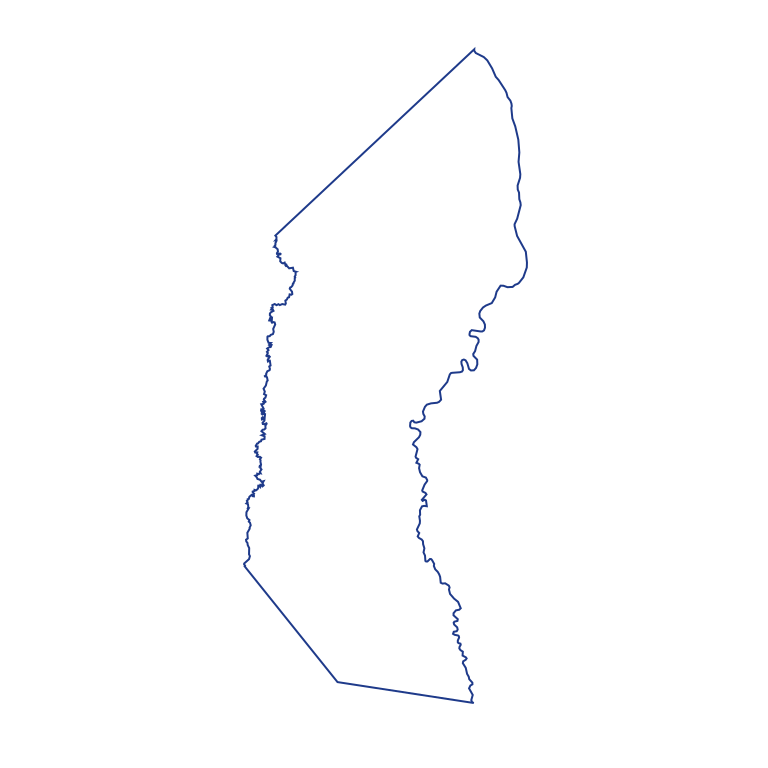 the district of Cravo Norte, Arauca, Colombia, rotated 265°
{"feature_id": "7082276B36906579253224", "entity_name": "Cravo Norte", "entity_type": "district", "adm_level": 2, "iso_a3": "COL", "parent_name": "Colombia", "parent_adm1": "Arauca", "projection": "mercator", "projection_center": [-70.099, 6.342], "detail": "fine", "context": "isolated", "style": "outline", "palette": "blue", "viewbox_px": 768, "rotation_deg": 265, "n_neighbors": 0, "source": "geoboundaries", "source_scale": "gbopen_adm2", "svg_char_len": 6152}
<svg xmlns="http://www.w3.org/2000/svg" viewBox="0 0 768 768"><g transform="rotate(265 384 384)"><path d="M541.3,288.7L539.8,289.7L537.6,289.4L536.7,288.5L536.8,289.5L536.2,289.5L533.8,288.1L532.0,288.0L531.3,287.2L530.6,287.5L530.1,286.6L529.6,287.8L527.5,289.8L525.2,289.9L523.6,288.7L522.9,288.8L523.0,291.9L522.6,292.3L522.2,292.1L522.3,290.9L520.2,288.9L518.3,291.8L515.3,291.3L513.6,292.6L512.9,294.0L513.6,295.6L512.2,295.9L511.6,297.1L510.6,297.3L511.1,296.5L510.7,296.2L510.0,296.7L510.1,297.6L507.5,299.6L507.8,303.4L504.4,303.9L503.5,306.1L503.4,305.7L500.1,305.4L498.7,304.4L497.7,304.8L497.3,304.3L494.7,304.1L492.7,302.6L492.0,302.6L491.7,301.9L490.1,301.5L488.6,300.0L488.3,298.9L487.1,298.4L484.0,300.4L481.6,300.5L481.0,299.6L481.5,297.8L478.7,297.0L478.4,295.6L476.6,294.6L475.7,293.0L472.8,293.2L471.7,292.5L472.5,289.6L471.7,287.1L472.7,285.8L471.9,283.8L473.2,282.1L472.3,279.6L469.8,279.8L469.5,278.7L469.1,279.0L468.0,278.1L467.7,279.8L466.5,280.3L465.4,277.7L464.2,276.5L462.5,276.3L460.4,277.6L460.3,276.7L457.3,275.2L457.0,276.5L458.5,278.0L455.2,277.5L454.8,277.8L455.3,279.3L454.9,280.4L452.8,280.8L448.5,278.4L445.6,278.7L443.4,277.7L442.8,275.4L441.6,274.3L441.6,272.3L441.2,272.0L438.2,271.7L435.1,272.6L434.7,274.9L432.9,272.9L432.1,274.0L433.0,274.6L432.7,275.4L430.7,274.3L430.6,272.8L429.5,270.7L427.8,271.9L426.2,270.2L425.0,271.0L422.3,269.3L421.6,270.2L422.2,271.7L421.1,272.6L418.4,270.3L417.4,270.2L416.6,270.4L417.3,271.3L417.2,272.3L412.3,272.6L411.5,271.2L408.9,271.7L407.7,271.2L406.9,268.9L404.5,267.5L403.2,267.5L401.9,265.3L402.0,266.5L401.0,268.0L397.6,268.4L396.8,267.5L392.8,266.2L389.8,263.6L386.8,264.6L384.4,263.6L383.1,265.6L380.8,264.7L379.8,263.2L379.0,262.9L376.6,264.4L376.1,263.6L377.0,263.1L376.8,262.1L375.3,262.7L374.7,262.3L374.5,260.0L370.0,261.9L369.2,261.0L369.5,259.6L368.2,259.2L367.2,259.6L367.8,259.7L367.3,260.3L367.9,262.3L367.4,262.8L366.2,262.0L364.8,259.7L364.2,260.2L364.9,262.1L364.4,262.9L361.0,262.2L360.8,261.3L361.5,260.3L360.7,259.3L359.3,259.3L359.7,262.0L357.9,261.7L355.9,259.6L354.7,259.8L354.4,261.2L355.1,263.4L354.6,263.6L352.8,262.2L350.1,262.1L349.1,260.7L349.0,259.1L347.7,257.8L344.6,260.9L343.6,257.8L342.3,260.5L339.7,260.2L339.2,257.1L337.7,256.5L337.3,254.7L335.8,253.3L335.7,252.4L333.5,250.8L332.8,251.1L332.7,252.7L330.4,252.4L328.0,249.4L326.9,249.8L326.9,251.8L325.4,251.4L324.5,252.1L323.3,250.8L322.3,252.0L322.3,254.0L321.3,255.1L319.9,253.8L318.8,254.4L317.3,254.1L314.4,254.5L313.6,254.2L313.4,253.2L312.3,252.8L311.9,253.8L310.8,253.6L309.6,254.5L307.4,252.7L305.8,253.3L306.1,252.4L305.2,251.6L305.7,249.9L304.3,249.8L303.9,247.7L302.2,249.1L300.4,249.7L299.5,252.1L297.3,253.5L297.7,255.6L295.8,254.3L293.5,255.3L292.6,254.0L294.3,252.7L294.4,252.1L292.3,251.7L293.7,250.5L293.7,249.9L291.3,249.6L290.2,248.8L289.2,247.2L289.8,245.8L288.8,245.7L288.3,243.8L287.5,243.8L286.0,245.0L285.0,244.1L284.1,244.7L283.4,244.6L283.7,243.4L285.0,243.2L285.2,242.6L283.4,240.1L281.3,239.3L281.1,238.2L280.4,238.2L279.5,237.2L278.1,237.8L277.0,236.5L276.2,238.0L273.2,238.1L272.3,237.6L272.1,238.5L268.3,235.8L265.0,235.4L262.1,236.1L260.2,238.1L258.7,237.3L257.6,238.4L254.9,238.9L252.4,237.5L251.6,237.6L247.7,234.9L242.0,234.8L240.9,233.0L239.1,233.1L237.7,234.1L235.4,234.2L232.3,235.4L226.1,234.7L224.2,235.4L221.3,234.3L217.4,229.1L216.7,228.9L215.0,229.8L214.5,229.3L91.1,311.7L58.4,445.6L59.4,444.0L61.5,443.4L66.5,445.3L73.4,442.2L76.1,443.8L77.1,445.9L78.8,446.0L82.5,443.2L85.0,442.9L88.0,441.5L94.1,440.7L99.0,438.2L100.8,438.7L102.2,441.4L103.4,442.4L104.6,441.7L106.6,438.6L110.5,439.2L112.2,437.0L114.0,436.0L115.5,436.3L117.5,437.7L118.7,437.5L119.4,435.6L120.3,435.0L122.1,435.2L124.8,436.7L126.2,436.6L127.0,435.9L128.0,432.5L129.1,431.0L131.1,431.9L131.4,434.9L132.9,436.0L135.2,435.7L138.3,432.9L140.1,432.6L141.1,433.4L141.6,436.5L143.3,437.0L147.5,433.1L149.6,433.3L152.2,435.9L152.6,439.3L153.9,440.9L160.5,438.8L164.1,435.1L169.1,431.5L173.6,430.8L175.6,431.6L177.5,431.0L180.1,427.6L180.1,424.8L181.1,423.2L187.0,423.1L189.5,422.4L192.1,421.2L194.9,418.9L198.4,417.8L200.4,418.3L204.2,416.6L205.4,415.8L205.7,414.6L203.4,411.8L203.5,410.5L204.2,409.8L209.5,409.9L212.8,408.7L216.8,409.9L221.0,409.0L224.0,409.1L225.8,408.0L227.6,405.4L229.2,404.3L232.5,406.1L234.5,404.5L236.2,404.1L242.0,407.5L244.6,407.9L249.1,407.6L250.6,408.6L255.1,408.8L258.8,411.2L259.1,413.3L258.5,416.0L264.3,415.7L265.1,414.6L264.2,412.3L265.3,411.6L270.3,416.7L271.9,415.8L273.5,413.1L274.7,412.8L280.3,415.7L283.5,418.5L284.4,418.7L287.1,417.6L288.7,414.2L293.0,412.2L297.1,411.6L300.5,412.5L301.5,411.7L302.7,409.4L306.1,411.5L307.7,409.5L308.9,409.1L316.2,411.7L318.2,410.8L321.2,407.6L323.4,408.7L327.9,414.2L330.3,415.7L332.9,416.1L335.7,414.0L337.1,411.0L337.5,407.9L338.4,406.7L339.8,406.3L343.3,406.9L344.8,408.3L344.9,409.9L343.2,410.9L342.7,412.8L343.6,418.2L345.9,421.3L348.2,421.7L350.7,420.6L353.1,420.4L357.7,422.8L359.7,424.9L360.6,429.1L360.7,435.3L361.4,437.3L363.4,439.5L372.2,439.0L380.5,447.2L387.8,450.4L389.0,451.6L389.2,452.7L389.1,460.8L389.6,462.8L390.9,463.8L393.7,463.9L397.1,463.0L399.5,463.0L401.0,464.0L401.4,465.7L400.5,467.3L397.5,468.8L391.6,470.0L389.9,471.8L389.8,474.8L392.0,477.1L395.5,478.7L400.2,478.9L404.2,475.6L406.1,475.5L408.8,477.6L413.9,479.4L417.6,481.9L419.9,482.1L421.4,481.4L423.0,479.5L424.1,474.4L425.2,473.5L426.2,473.5L428.5,474.2L430.0,476.1L427.9,484.9L427.8,486.6L428.7,488.3L431.3,489.5L434.4,489.7L437.8,488.5L441.9,485.2L445.8,485.1L448.3,486.2L451.6,489.3L453.3,492.4L455.2,498.4L460.6,502.3L466.1,504.2L471.8,508.7L471.5,511.5L469.7,515.4L469.5,520.6L471.4,523.2L472.1,525.9L473.0,527.3L478.1,532.1L487.6,536.4L492.5,537.0L503.4,536.8L519.9,529.5L529.9,527.9L531.8,528.0L537.1,531.1L550.3,535.8L553.0,535.7L556.3,534.9L562.9,535.2L566.0,534.2L570.1,534.4L577.5,537.5L581.1,538.1L593.6,537.4L602.8,539.0L615.7,539.1L629.2,537.2L637.4,535.0L647.8,534.9L649.8,535.5L652.2,535.4L655.2,534.6L659.1,532.1L663.4,531.4L666.1,530.4L676.8,524.7L680.3,522.1L689.0,519.2L697.4,515.1L701.0,511.9L705.7,504.3L708.2,502.9L709.6,503.1L541.3,288.7Z" fill="none" stroke="#1e3a8a" stroke-width="2"/></g></svg>